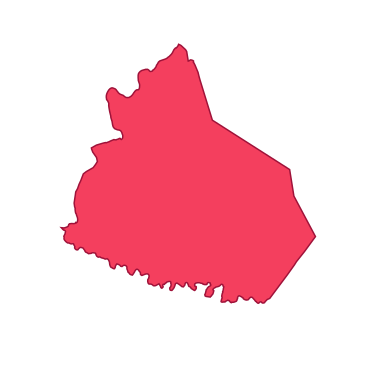 the district of Tataltepec de Valdés, Oaxaca, Mexico, rotated 35°
{"feature_id": "50627088B54996200211421", "entity_name": "Tataltepec de Valdés", "entity_type": "district", "adm_level": 2, "iso_a3": "MEX", "parent_name": "Mexico", "parent_adm1": "Oaxaca", "projection": "robinson", "projection_center": [-97.541, 16.313], "detail": "fine", "context": "isolated", "style": "filled", "palette": "rose", "viewbox_px": 384, "rotation_deg": 35, "n_neighbors": 0, "source": "geoboundaries", "source_scale": "gbopen_adm2", "svg_char_len": 6006}
<svg xmlns="http://www.w3.org/2000/svg" viewBox="0 0 384 384"><g transform="rotate(35 192 192)"><path d="M314.9,241.0L314.8,240.0L315.3,236.9L316.7,234.6L317.6,205.0L317.7,192.8L317.5,189.2L318.3,176.3L318.7,157.7L277.8,136.9L259.1,117.6L167.5,121.5L134.5,95.8L131.1,93.0L128.4,90.6L121.8,86.4L119.4,85.1L118.9,85.1L118.1,83.8L117.1,83.8L115.8,84.2L114.9,84.7L114.4,86.1L113.8,86.9L107.1,80.0L105.1,79.1L99.2,78.3L98.4,78.3L96.3,78.7L96.6,79.8L96.7,80.7L96.6,82.2L96.4,83.2L95.9,83.4L95.7,84.3L95.8,84.9L95.6,85.3L95.6,85.9L96.1,89.2L96.1,90.9L95.5,94.3L95.1,95.2L94.9,96.3L94.1,98.1L90.5,103.0L90.3,103.6L90.3,104.1L90.0,104.6L90.3,107.5L90.2,108.5L90.7,109.9L90.7,111.5L90.6,113.3L90.4,113.6L90.4,113.9L90.0,114.6L90.2,115.5L89.9,115.9L89.4,116.6L88.7,117.2L87.8,117.3L87.1,117.0L86.2,116.9L85.2,117.0L84.5,117.7L83.9,117.8L83.6,118.4L83.2,118.7L81.2,121.2L80.5,122.7L80.2,124.4L80.3,125.8L80.9,127.2L82.2,129.1L84.2,131.6L87.1,133.7L88.1,134.9L89.2,136.8L89.5,137.6L89.5,138.8L87.9,140.3L87.6,141.7L87.4,142.4L87.5,143.1L87.4,143.8L87.5,146.4L87.2,148.4L86.2,150.7L84.8,151.8L83.7,152.4L82.4,152.5L80.2,152.3L77.1,153.1L74.8,153.0L73.9,152.6L72.1,152.1L71.1,151.7L69.9,151.6L67.4,152.2L66.6,152.7L66.0,153.5L65.6,154.4L65.3,156.3L65.5,158.7L65.9,160.6L66.5,162.1L67.4,163.5L69.1,165.3L70.6,165.7L72.7,166.9L73.3,167.5L74.0,168.7L75.7,170.6L78.4,173.3L81.7,176.2L83.0,177.7L86.1,180.1L88.4,182.5L90.0,183.8L92.2,184.5L95.1,183.9L97.2,182.9L98.6,182.8L100.3,183.5L101.4,184.4L102.7,185.2L103.7,186.6L104.3,187.9L104.2,188.8L103.9,189.6L102.9,189.5L102.5,189.3L101.8,189.7L101.2,191.0L100.5,191.8L99.9,192.8L98.7,193.6L98.0,193.8L95.7,197.4L95.5,198.0L93.4,201.0L92.8,201.1L91.1,203.0L86.8,208.4L84.3,213.6L85.1,214.4L87.9,216.3L94.0,218.5L97.0,221.3L97.2,224.7L97.1,228.7L93.7,235.9L92.6,239.5L94.3,246.2L95.1,250.6L96.3,254.8L96.7,258.6L98.1,261.3L101.8,268.7L104.4,271.5L105.7,272.3L105.8,272.8L106.4,273.5L108.0,275.3L108.7,275.9L109.2,276.2L109.8,276.3L110.3,276.9L113.1,278.9L114.3,280.3L114.9,281.5L115.2,282.5L115.0,283.6L114.7,283.7L114.3,283.6L114.3,284.6L114.1,284.9L113.2,285.8L111.4,286.9L109.9,288.3L109.7,289.4L110.2,290.9L110.1,291.5L109.3,292.9L108.1,294.5L107.4,295.1L105.4,296.2L107.6,296.7L108.8,296.8L109.5,296.5L110.3,296.5L111.0,296.8L112.0,299.1L112.4,301.8L113.1,302.3L114.1,303.9L115.2,304.5L117.1,305.0L119.2,305.1L120.6,304.3L122.1,304.1L123.1,303.6L124.3,302.5L124.8,302.5L125.8,303.2L127.2,303.8L127.9,305.1L129.0,305.6L130.4,305.7L131.6,304.9L131.7,303.2L132.1,301.8L132.5,301.3L133.1,301.0L134.7,300.4L137.8,301.4L138.5,302.0L139.5,302.2L141.1,301.9L142.6,301.9L144.6,300.1L145.0,299.2L145.8,298.5L147.0,297.9L148.1,297.5L149.6,298.6L150.8,299.2L152.5,299.2L153.8,298.0L154.7,298.0L156.1,297.7L157.4,297.1L159.2,296.8L159.9,296.3L160.7,295.3L162.2,295.4L163.4,296.0L164.5,296.7L166.4,298.8L168.2,300.0L168.9,300.1L170.3,299.9L171.1,299.9L171.9,299.7L172.5,299.3L172.4,297.9L171.8,296.7L171.7,295.7L171.6,294.9L171.7,294.0L173.5,293.5L174.6,293.3L176.3,293.7L177.4,293.2L177.9,291.5L178.9,290.6L179.9,290.3L181.0,290.4L181.8,290.9L182.4,291.8L183.0,292.5L183.5,292.7L185.7,294.4L186.8,294.4L188.0,294.9L189.4,294.8L190.8,294.3L190.9,293.4L190.8,290.7L190.6,289.5L190.6,287.9L190.9,287.1L191.7,286.6L193.0,286.6L194.0,287.1L195.3,287.4L196.2,287.9L196.9,288.9L197.8,289.2L198.8,289.1L200.1,287.2L200.7,286.3L201.4,285.4L202.5,284.6L203.6,284.5L204.5,284.9L205.2,285.5L205.5,286.6L205.9,287.1L206.1,289.3L207.2,290.9L208.5,291.9L209.4,292.1L210.0,291.8L211.0,291.1L211.9,290.8L212.7,290.7L214.1,290.9L215.3,290.2L216.0,289.4L217.6,286.1L220.2,287.3L221.1,288.0L221.8,288.2L222.5,288.1L222.7,287.3L222.8,286.3L222.5,286.0L221.4,285.1L221.3,284.2L221.8,283.7L222.4,283.5L222.4,282.1L222.8,281.7L223.0,280.3L223.8,279.2L224.7,278.3L225.8,277.7L226.7,278.4L227.1,279.1L227.8,279.5L228.4,280.6L228.9,281.8L228.7,283.0L229.2,284.0L229.8,284.5L230.6,284.9L231.5,284.5L232.0,284.1L232.2,282.7L232.2,280.8L231.8,278.9L231.1,276.7L231.2,276.2L231.8,275.3L232.3,275.2L234.0,275.1L235.3,275.1L238.1,275.3L239.4,274.6L239.5,272.3L238.8,270.7L238.9,270.0L239.4,269.3L239.9,269.1L240.7,269.2L241.2,269.7L242.0,269.9L242.9,270.8L243.7,271.1L244.5,270.9L245.5,270.9L246.7,271.5L250.2,271.3L250.7,271.1L250.9,270.1L250.9,269.4L250.7,268.4L250.3,268.1L250.1,267.4L249.6,267.1L249.0,267.2L248.6,267.5L248.0,267.3L247.4,266.5L247.0,265.7L247.3,265.0L247.5,264.3L248.4,263.3L250.1,262.1L251.9,261.5L252.6,261.1L253.2,260.9L253.9,261.2L254.5,260.9L255.2,260.8L255.7,260.2L256.5,260.0L256.8,259.7L257.2,259.0L256.9,258.5L256.9,257.7L257.0,257.1L257.7,256.6L259.1,256.1L259.5,256.4L259.8,257.0L260.4,257.1L260.8,257.5L260.9,258.1L259.9,260.2L259.7,262.1L259.9,262.8L259.7,263.8L259.9,264.3L261.1,267.3L261.4,268.8L261.8,269.1L262.3,269.6L263.4,269.5L267.2,267.6L267.2,266.8L267.5,266.1L267.4,265.4L267.6,263.8L267.2,262.1L266.8,261.5L266.7,260.8L266.4,260.3L265.5,260.2L265.0,259.8L265.1,258.7L265.3,257.9L265.8,257.1L266.0,256.3L268.0,254.0L268.3,253.4L268.6,252.6L268.9,251.0L269.2,250.6L269.7,250.4L270.8,250.5L271.3,251.2L272.2,251.3L272.6,251.8L273.1,253.2L273.5,253.8L274.2,255.5L274.2,256.0L274.7,256.4L275.1,258.0L275.8,259.7L276.4,260.6L277.0,260.9L277.6,262.0L277.7,262.9L278.2,263.7L278.4,264.8L278.9,265.2L279.6,265.1L280.7,264.3L281.2,263.6L281.7,263.5L282.3,262.8L282.5,261.6L283.0,260.8L283.3,260.2L283.6,260.0L284.2,260.0L284.9,259.6L286.1,260.1L287.0,260.3L287.8,260.0L287.8,259.4L288.8,258.9L289.7,258.0L290.9,256.2L291.0,255.2L290.6,254.4L290.5,253.2L290.1,252.9L289.9,252.3L289.7,251.4L289.7,250.6L290.4,249.8L291.6,249.7L292.6,249.4L293.6,249.6L294.1,249.4L294.7,249.5L295.1,249.9L296.3,250.0L297.6,249.7L298.4,249.4L299.3,248.6L299.8,248.1L299.8,247.6L300.0,246.7L300.0,245.7L300.3,245.0L300.6,244.3L301.6,243.8L302.5,243.9L304.0,244.3L304.8,244.4L306.8,245.1L307.5,244.9L308.1,245.2L309.4,245.3L310.0,245.2L310.4,244.7L310.6,243.7L310.9,242.9L311.5,242.4L312.1,242.4L313.1,242.6L313.6,242.4L314.4,241.8L314.9,241.0Z" fill="#f43f5e" stroke="#9f1239" stroke-width="1.5"/></g></svg>